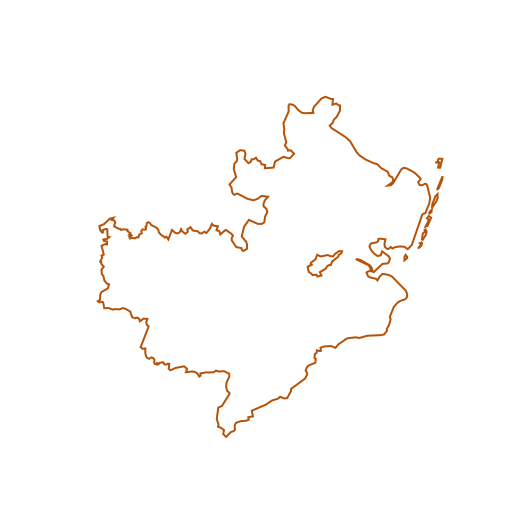 outline of Niedersachsen, rotated 117°
{"feature_id": "DEU-1576", "entity_name": "Niedersachsen", "entity_type": "State", "adm_level": 1, "iso_a3": "DEU", "parent_name": "Germany", "parent_adm1": "", "projection": "albers", "projection_center": [9.302, 52.591], "detail": "fine", "context": "isolated", "style": "outline", "palette": "amber", "viewbox_px": 512, "rotation_deg": 117, "n_neighbors": 0, "source": "natural_earth", "source_scale": "10m", "svg_char_len": 6154}
<svg xmlns="http://www.w3.org/2000/svg" viewBox="0 0 512 512"><g transform="rotate(117 256 256)"><path d="M111.0,224.3L117.7,213.7L119.3,209.8L120.3,201.9L119.9,193.4L119.1,189.6L120.9,184.1L121.1,177.0L123.9,173.7L124.2,172.4L123.7,171.0L125.5,168.4L128.1,167.9L133.4,170.6L131.7,168.0L129.0,166.9L113.0,165.9L110.4,164.5L109.5,161.2L109.8,152.5L112.0,145.2L112.6,144.2L116.7,145.0L118.4,142.5L117.7,140.2L114.8,138.1L114.7,136.6L115.7,135.3L124.7,127.5L130.3,125.5L141.0,124.6L142.5,126.2L144.1,126.6L175.4,122.2L181.0,123.9L180.4,128.1L182.3,132.4L185.1,136.2L187.4,137.8L186.8,140.0L189.4,141.1L190.2,142.3L189.3,145.5L186.4,147.2L182.4,148.2L184.3,153.6L185.2,154.7L186.9,153.9L188.9,154.5L192.5,159.1L194.7,159.6L196.3,159.0L198.7,155.7L200.3,151.7L200.8,147.6L198.8,145.2L194.6,145.7L195.9,138.0L197.5,135.4L201.6,134.8L202.9,135.5L205.6,139.7L217.0,143.8L217.0,144.7L213.8,147.9L212.6,150.5L212.1,160.5L212.5,163.4L213.5,165.6L213.1,151.8L214.2,149.3L217.4,146.6L218.4,148.7L220.5,150.1L223.1,147.0L223.4,145.2L221.8,138.6L222.6,136.7L217.8,136.4L214.4,135.1L212.6,129.2L212.6,125.3L218.9,106.8L221.3,104.0L224.4,102.8L226.6,103.3L230.8,107.3L233.4,108.7L238.8,110.1L249.6,109.1L250.9,107.5L256.5,106.2L262.0,106.3L263.1,105.4L267.6,106.2L269.7,108.6L276.5,120.6L282.2,126.8L283.2,130.3L288.0,137.4L297.1,142.4L301.8,143.5L302.1,148.1L305.6,154.1L308.4,156.9L311.1,155.1L311.8,155.9L312.3,158.9L314.6,158.1L316.7,159.1L320.4,157.5L320.7,155.9L324.2,154.7L329.2,159.0L331.6,160.1L335.4,159.8L337.1,157.3L338.5,156.6L343.0,156.7L358.5,164.4L360.7,163.5L368.4,163.7L369.9,165.6L370.6,170.7L373.1,171.6L377.7,176.3L384.2,179.9L395.7,189.5L400.3,185.9L403.1,189.7L405.2,188.2L407.4,190.1L410.0,194.5L413.9,198.2L416.7,198.0L420.5,195.9L422.1,196.4L424.3,198.5L430.8,200.5L429.5,204.4L425.6,205.5L425.0,209.3L425.4,212.4L423.3,212.8L419.0,217.0L408.1,220.8L405.2,218.3L391.0,217.0L389.9,217.7L389.3,220.5L386.0,223.3L382.0,224.8L375.6,225.0L373.1,226.4L373.1,232.1L375.8,236.6L376.3,239.6L378.9,241.0L382.5,247.8L385.7,252.2L387.7,251.1L389.2,251.8L387.2,255.1L387.1,258.2L387.7,260.2L391.3,265.7L387.8,266.2L386.9,270.0L392.2,276.8L396.7,280.4L396.1,282.6L391.5,284.3L391.8,285.6L393.3,286.4L394.1,288.2L392.8,290.5L395.0,293.4L396.2,293.5L396.4,295.5L397.5,294.7L398.0,297.0L397.6,298.2L394.6,299.4L393.5,301.5L394.0,303.4L396.0,304.4L396.3,306.2L395.6,307.8L393.2,310.3L388.6,312.7L390.1,314.6L389.7,317.4L367.9,319.6L367.3,319.9L367.2,321.4L365.1,323.7L361.4,324.2L362.9,327.8L366.9,329.9L365.0,331.6L364.7,333.8L366.3,335.3L366.7,338.6L362.6,342.9L362.3,347.9L362.9,351.1L365.5,353.3L367.4,357.7L368.8,359.3L369.3,363.7L371.4,367.5L366.7,371.1L366.5,371.9L368.4,374.5L368.1,376.4L365.8,375.1L361.4,377.2L358.2,377.3L352.1,373.3L348.0,374.0L348.2,376.3L346.8,379.8L343.1,382.9L342.0,385.2L338.2,387.5L334.6,386.8L333.3,390.2L331.5,391.3L331.7,392.3L326.9,392.4L325.8,393.8L323.8,392.3L317.0,398.3L313.8,395.8L313.7,394.2L313.2,394.0L310.7,395.2L311.6,398.4L310.6,399.5L308.5,396.6L305.8,395.3L306.2,396.6L305.5,397.4L299.7,400.7L300.1,402.1L302.5,404.4L304.3,403.1L305.0,403.5L303.9,406.3L300.4,409.2L296.5,405.8L289.1,403.2L286.6,400.3L289.3,400.9L288.7,398.6L289.8,396.7L294.0,395.9L294.1,390.8L293.5,389.5L294.1,388.1L292.5,386.5L290.9,382.5L292.2,381.8L292.7,378.4L294.6,378.7L293.8,376.8L294.1,376.1L296.5,377.6L297.6,376.1L296.1,374.6L295.2,371.8L293.5,370.8L292.8,369.2L290.2,369.8L287.6,368.1L286.0,369.5L283.9,369.3L282.7,366.4L281.5,366.4L280.2,367.7L279.6,367.1L276.2,368.2L274.7,367.3L274.8,365.2L275.9,363.7L276.0,357.1L277.1,354.8L279.1,353.2L280.4,349.6L280.5,346.8L281.1,345.8L279.5,344.5L281.1,341.6L270.9,342.7L272.1,338.3L271.2,335.7L269.5,334.8L266.1,334.9L267.5,333.1L268.3,329.0L265.2,327.7L263.5,329.3L260.0,327.4L262.0,323.8L260.4,319.1L261.3,316.5L260.5,314.6L257.8,313.1L258.0,310.6L252.3,309.5L247.4,309.9L248.2,307.4L246.8,303.5L251.0,302.9L250.5,300.0L253.0,297.6L246.8,295.1L246.5,294.2L247.4,287.8L248.3,285.8L251.3,285.7L253.1,284.7L257.0,277.7L255.6,272.6L257.2,271.1L257.3,269.6L253.7,267.2L249.7,269.3L247.8,271.3L245.0,277.6L235.3,279.9L227.0,278.7L226.6,269.1L224.7,265.4L222.3,263.9L216.8,265.8L211.8,265.8L209.4,267.8L208.2,271.9L206.5,272.9L202.4,273.4L197.7,272.2L200.0,278.4L204.6,280.7L207.6,283.8L208.9,289.6L208.8,300.2L209.0,301.3L211.4,303.2L211.0,304.7L209.8,306.4L206.2,308.8L204.3,312.1L194.7,309.5L188.4,315.4L183.3,317.2L180.7,316.2L178.1,316.7L173.0,320.4L168.9,318.2L167.5,314.2L169.7,311.7L174.7,310.4L176.7,304.9L174.8,303.5L171.7,303.7L170.8,301.9L168.4,300.7L170.2,297.7L169.6,295.3L171.8,292.6L170.7,289.2L173.8,287.9L169.2,280.4L163.2,281.9L155.2,276.6L154.0,271.1L153.2,270.1L147.6,268.5L146.1,272.9L147.5,275.4L146.6,276.0L144.4,280.5L141.0,280.6L133.8,287.0L130.3,288.3L125.3,291.8L112.4,292.5L107.4,295.2L105.5,295.1L104.5,291.8L104.7,289.6L106.8,284.5L107.5,280.3L106.6,277.2L102.5,269.9L100.8,271.5L97.1,272.1L85.8,269.1L82.6,266.4L82.0,260.5L81.2,258.6L86.5,256.6L83.7,253.8L84.3,250.8L83.7,249.5L88.7,247.1L95.5,247.3L99.2,248.5L102.8,248.1L106.4,249.5L107.7,247.0L109.4,230.2L111.0,224.3ZM217.5,182.8L215.0,181.3L212.7,181.4L213.9,184.2L218.4,186.6L221.2,187.0L222.2,189.0L222.6,192.5L227.0,198.1L227.2,202.0L232.0,201.5L237.1,204.0L238.4,203.6L238.6,202.4L242.1,205.1L246.2,201.8L246.7,198.4L247.4,197.0L245.2,193.6L246.4,191.9L243.7,188.8L241.4,191.8L235.7,188.1L232.6,187.9L230.6,186.5L230.2,185.3L226.3,185.7L219.3,182.4L217.5,182.8ZM118.4,122.4L121.6,120.6L125.4,120.1L133.3,121.1L129.7,122.4L121.2,123.3L118.4,122.4ZM94.6,133.9L89.3,135.3L91.5,138.6L89.5,136.9L87.3,137.6L86.0,136.9L84.9,134.1L93.7,132.0L94.6,133.9ZM142.3,117.3L151.5,116.9L152.9,118.3L147.4,118.2L145.0,118.7L144.8,120.8L142.1,120.3L142.3,117.3ZM155.3,117.0L157.1,114.8L160.0,114.3L165.9,114.8L165.9,115.6L161.4,117.3L159.4,117.4L157.7,116.2L156.4,117.6L155.3,117.0ZM100.2,126.0L102.8,124.8L112.3,123.9L115.0,124.8L100.2,126.0ZM187.1,123.3L188.1,121.0L189.4,120.4L192.5,121.8L189.3,123.3L187.1,123.3ZM170.1,115.7L168.8,114.7L169.1,113.9L171.8,113.4L175.8,115.0L170.3,114.3L170.1,115.7ZM134.7,120.5L137.3,119.6L139.5,120.7L138.5,121.4L134.7,120.5Z" fill="none" stroke="#b45309" stroke-width="2"/></g></svg>